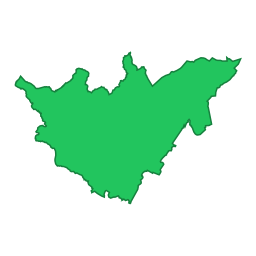 outline of Chinantla, Puebla, Mexico
{"feature_id": "50627088B55612917364401", "entity_name": "Chinantla", "entity_type": "district", "adm_level": 2, "iso_a3": "MEX", "parent_name": "Mexico", "parent_adm1": "Puebla", "projection": "albers", "projection_center": [-98.289, 18.228], "detail": "fine", "context": "isolated", "style": "filled", "palette": "green", "viewbox_px": 256, "rotation_deg": 0, "n_neighbors": 0, "source": "geoboundaries", "source_scale": "gbopen_adm2", "svg_char_len": 5640}
<svg xmlns="http://www.w3.org/2000/svg" viewBox="0 0 256 256"><path d="M240.6,58.9L232.7,61.4L229.4,58.8L229.0,59.0L228.2,58.7L226.8,57.5L227.1,61.0L222.4,61.1L220.4,60.4L217.8,60.4L216.3,60.1L212.3,57.9L209.4,61.0L207.1,59.9L205.4,58.6L203.6,58.0L200.9,57.8L195.3,60.3L193.7,62.2L192.2,61.5L190.8,61.9L187.0,61.0L181.7,67.2L180.3,68.5L176.9,70.5L173.5,72.0L172.2,71.6L171.3,71.9L169.6,74.2L165.7,75.5L161.9,77.6L152.4,86.2L147.9,78.8L147.1,77.0L146.7,76.5L146.7,75.9L146.0,75.1L145.8,74.1L145.3,73.6L145.7,70.8L146.0,70.4L145.6,69.6L144.6,68.9L144.1,68.1L144.1,67.1L143.4,66.8L142.9,67.1L142.2,66.9L142.2,67.2L141.5,67.3L141.5,67.6L139.4,69.2L138.2,69.4L137.8,69.9L137.0,70.1L137.2,68.9L136.4,66.5L134.5,65.1L133.2,64.6L132.1,63.5L132.1,62.7L131.7,61.6L132.1,61.0L131.9,59.0L131.0,57.5L131.4,57.4L131.3,57.0L130.6,56.5L130.6,55.8L130.2,55.4L130.0,54.5L130.5,52.9L130.3,52.5L129.8,53.0L129.2,53.0L128.7,53.7L128.7,54.2L127.7,55.2L126.5,55.9L124.9,55.9L125.0,56.6L124.7,56.9L123.5,57.6L123.6,59.5L122.9,61.1L122.8,61.7L123.1,62.2L123.0,63.2L123.8,65.0L123.5,65.9L123.7,66.6L123.2,66.9L123.2,67.2L124.1,67.6L124.5,69.2L125.9,70.2L126.4,72.5L127.7,73.4L127.2,74.3L126.6,74.3L126.3,75.0L126.5,75.6L126.1,76.0L126.1,76.3L126.5,76.9L125.6,77.5L125.2,79.1L123.6,80.0L123.0,81.1L121.9,80.9L121.7,80.6L120.7,80.7L120.8,81.0L118.9,84.8L119.5,85.6L119.4,86.3L118.5,87.0L117.3,86.8L115.4,87.9L114.3,89.9L113.0,90.1L112.1,92.9L110.3,94.1L109.4,94.2L109.1,94.5L108.3,92.1L107.2,90.7L106.8,89.6L106.2,89.4L105.6,89.6L104.9,88.7L104.4,88.6L104.0,87.4L102.4,87.3L101.4,86.6L100.6,87.5L98.4,88.3L97.2,89.2L95.0,89.2L94.6,90.1L93.2,90.6L91.5,92.8L89.6,91.6L88.0,91.6L87.9,90.5L87.3,90.0L87.1,89.0L87.8,86.1L86.6,84.6L85.4,84.6L85.4,84.1L85.6,81.6L86.8,80.1L87.0,77.9L87.4,77.0L88.5,76.2L88.5,74.8L88.8,73.7L88.5,72.6L87.4,71.6L85.6,70.9L85.5,70.6L84.7,70.0L83.3,69.9L82.0,68.8L81.5,69.2L80.7,68.8L78.8,68.3L78.1,68.6L77.1,68.7L76.5,69.9L76.1,69.9L76.2,71.7L75.8,73.3L75.1,73.4L72.9,75.4L72.9,78.1L72.5,78.3L72.2,79.1L71.1,79.7L71.0,80.4L67.5,82.6L66.5,83.1L65.8,82.9L64.3,84.6L64.1,84.6L63.6,85.8L63.2,85.7L62.7,86.0L62.5,86.7L61.8,86.9L61.7,87.4L57.8,89.8L57.2,89.7L56.6,90.9L55.6,90.5L54.9,91.9L51.8,90.7L51.2,89.9L51.0,89.1L50.4,88.1L49.5,87.7L49.2,86.8L47.8,87.0L46.0,86.7L45.7,87.0L44.6,86.8L38.5,88.5L36.3,88.5L35.6,88.2L34.2,86.2L31.0,83.7L29.3,82.9L28.4,82.9L27.8,82.4L27.3,82.4L27.1,81.9L25.9,81.8L25.2,81.3L20.6,76.2L19.1,79.0L16.7,81.2L16.8,81.6L16.5,81.9L15.9,82.2L16.0,83.0L15.4,84.2L15.5,85.6L18.3,87.4L19.8,87.8L20.7,88.9L21.4,88.9L21.9,88.4L22.1,88.7L23.1,88.8L25.5,90.7L26.1,91.9L26.0,93.6L26.6,94.6L26.2,95.5L26.3,96.6L28.5,98.9L29.7,99.7L29.8,100.6L30.9,102.5L31.7,103.3L32.5,102.9L32.8,103.2L32.5,104.3L31.6,105.4L31.6,106.5L32.2,107.7L33.5,108.9L33.6,109.4L35.6,109.3L37.7,111.3L38.3,110.8L38.8,111.9L39.4,111.8L39.6,112.0L39.5,112.7L39.8,113.0L41.1,113.2L41.2,113.5L40.7,114.0L40.9,116.3L41.5,116.5L42.2,118.7L42.8,119.1L42.6,120.5L42.9,121.0L44.8,121.7L45.5,122.8L44.7,123.3L44.6,124.0L46.3,125.8L46.1,126.4L45.1,126.7L43.4,126.3L42.9,125.5L41.7,125.6L40.0,126.0L37.8,127.8L37.6,129.7L36.0,131.7L36.4,132.4L38.8,133.0L38.8,134.1L38.5,134.6L36.9,134.9L35.9,135.7L35.4,137.0L35.3,138.8L35.9,139.0L35.9,140.6L36.4,140.8L38.2,140.9L38.9,141.3L40.3,141.1L40.6,141.6L42.4,141.0L43.2,141.8L44.1,141.7L44.7,142.4L45.3,142.6L46.1,142.3L48.1,144.2L48.7,144.3L50.1,145.4L50.5,146.0L50.7,147.0L51.5,147.3L51.8,147.9L52.7,148.4L53.0,148.2L54.3,148.4L55.5,151.0L55.7,152.9L55.8,155.3L55.0,159.2L55.0,160.9L55.7,163.9L57.2,165.8L57.5,166.0L58.3,165.7L59.3,166.1L61.0,165.8L61.6,166.4L63.7,166.5L67.0,167.7L67.5,168.5L69.9,170.1L70.2,170.9L71.2,171.6L73.7,171.5L75.3,173.4L76.9,173.0L79.9,174.6L81.8,175.2L82.7,176.6L83.0,177.3L82.9,177.5L84.4,179.1L84.1,179.7L85.7,179.9L85.8,180.6L87.1,181.1L88.2,181.1L87.8,181.8L88.3,182.2L88.1,182.8L88.7,184.6L91.2,186.5L91.9,187.1L91.8,188.1L92.8,188.5L92.3,189.8L91.2,190.9L91.8,191.9L91.8,192.6L94.7,191.3L97.3,193.4L101.6,196.0L104.3,197.1L104.4,195.6L104.0,194.9L104.6,192.6L105.5,190.8L106.3,190.5L109.4,192.4L108.3,195.0L108.9,197.1L110.7,198.1L113.5,197.1L115.2,197.1L118.3,195.8L118.8,196.3L119.2,197.8L120.8,198.2L121.9,199.7L122.7,199.6L122.4,200.1L122.9,199.9L123.0,199.1L124.2,199.3L125.4,200.5L127.2,200.0L127.9,199.6L128.6,200.1L128.8,200.9L129.3,201.3L128.8,202.9L130.1,203.5L130.7,202.9L130.9,201.7L137.7,189.4L138.2,186.8L138.1,185.9L138.4,185.3L140.5,183.9L141.2,183.0L141.0,181.1L140.5,180.0L141.8,179.1L142.9,177.7L142.7,176.4L142.5,176.1L142.3,176.4L141.7,176.0L141.6,175.0L142.6,173.1L143.8,171.9L145.0,171.5L145.1,171.1L146.8,171.3L147.3,170.3L152.6,173.2L153.0,172.4L159.1,174.8L159.7,174.0L160.9,171.8L160.8,171.0L160.2,170.1L160.5,169.1L163.7,164.4L163.4,163.3L162.8,162.7L161.9,162.3L160.7,162.3L160.4,161.3L161.0,160.1L162.4,158.2L165.2,155.4L166.4,155.0L166.6,153.9L168.4,151.4L168.5,151.0L169.3,150.7L171.3,150.7L171.8,149.4L171.7,147.5L173.4,146.3L175.4,146.5L175.7,145.6L173.8,144.9L172.4,143.3L181.9,129.3L182.0,128.5L183.0,128.2L184.1,125.1L184.9,126.9L186.6,122.8L188.3,121.9L187.9,120.7L189.1,119.4L190.0,120.6L189.8,124.8L190.2,124.8L191.3,125.9L191.1,126.2L192.3,127.7L193.9,132.0L195.3,134.0L196.5,134.8L197.6,135.0L200.2,134.5L205.4,129.7L204.7,127.6L205.6,127.2L205.6,125.7L208.9,125.5L211.6,124.2L208.2,107.1L207.8,106.7L208.3,103.8L208.2,102.1L207.1,101.2L210.9,97.3L211.2,96.3L215.5,95.9L215.8,92.1L217.2,87.9L217.4,87.7L218.7,87.8L219.9,86.9L220.1,85.9L220.8,84.9L221.8,84.9L224.2,83.0L226.6,82.0L229.9,79.6L232.7,76.2L233.7,75.7L234.3,74.4L235.6,73.2L235.9,71.9L236.7,70.8L234.2,68.1L238.3,64.1L240.6,58.9Z" fill="#22c55e" stroke="#15803d" stroke-width="1.5"/></svg>